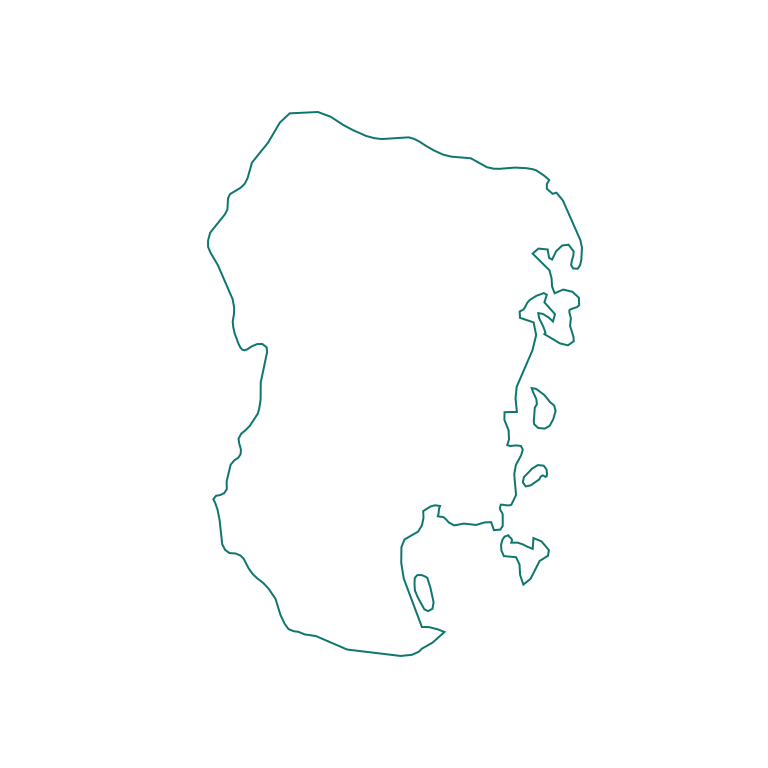 outline of Hiroshima, rotated 299°
{"feature_id": "JPN-1821", "entity_name": "Hiroshima", "entity_type": "Prefecture", "adm_level": 1, "iso_a3": "JPN", "parent_name": "Japan", "parent_adm1": "", "projection": "orthographic", "projection_center": [132.763, 34.576], "detail": "fine", "context": "isolated", "style": "outline", "palette": "teal", "viewbox_px": 768, "rotation_deg": 299, "n_neighbors": 0, "source": "natural_earth", "source_scale": "10m", "svg_char_len": 3758}
<svg xmlns="http://www.w3.org/2000/svg" viewBox="0 0 768 768"><g transform="rotate(299 384 384)"><path d="M642.5,429.6L637.8,429.5L633.7,431.8L632.1,439.3L634.9,442.1L631.3,451.4L605.1,485.9L599.3,491.0L588.2,496.4L583.1,497.9L578.7,497.5L576.8,493.4L578.7,490.0L583.3,488.4L588.3,487.3L591.9,485.6L595.3,477.9L591.5,472.7L583.5,470.2L574.4,470.7L574.3,467.3L581.0,461.9L577.3,453.4L570.1,450.8L563.7,473.5L557.6,479.4L550.9,483.6L546.1,489.2L553.5,495.0L556.0,504.2L553.9,512.7L547.5,516.5L544.8,515.5L540.1,511.2L538.4,510.4L536.4,511.5L532.1,515.6L525.1,518.5L516.8,527.1L513.3,529.2L507.0,526.1L504.8,518.1L505.4,500.0L507.1,500.4L511.0,496.0L516.9,487.6L520.8,484.6L522.3,488.9L522.0,495.9L520.6,501.5L528.0,499.7L533.2,484.7L541.0,483.1L541.0,479.7L535.1,474.6L528.3,470.8L524.2,469.9L520.5,470.1L516.9,469.9L513.1,467.5L507.8,470.9L510.4,485.0L500.5,493.4L485.4,497.5L445.9,501.4L435.2,506.0L424.0,513.8L417.8,503.1L411.1,506.6L404.0,515.3L396.2,520.2L390.3,521.4L391.0,524.6L394.2,529.0L396.2,533.8L393.8,537.2L388.2,538.5L377.1,538.6L368.3,541.6L350.9,553.3L340.1,553.9L338.3,552.1L336.9,549.0L335.8,546.0L335.1,544.7L331.6,545.5L329.8,547.4L328.7,549.6L327.4,551.1L317.5,556.6L313.1,556.4L309.5,551.0L315.1,544.7L311.7,539.1L305.3,532.8L300.7,521.6L295.7,515.6L294.3,513.7L294.3,507.8L295.6,504.2L296.4,500.7L294.4,495.2L297.0,494.6L301.6,492.6L304.5,492.2L302.7,487.5L299.6,484.2L291.9,479.9L286.1,483.4L278.8,485.7L271.4,485.4L258.0,477.3L249.8,478.3L235.9,485.8L223.4,495.6L189.8,535.0L193.2,541.2L195.6,550.6L196.4,557.1L193.5,556.1L181.3,551.8L170.8,545.4L166.8,544.3L160.6,539.6L154.2,530.4L133.9,480.5L130.5,446.5L126.6,436.2L125.7,429.1L124.1,425.2L123.3,419.4L126.1,413.4L131.8,405.4L143.4,393.4L148.9,382.6L151.4,375.0L152.6,367.2L154.1,361.4L157.0,355.2L163.1,346.0L164.4,341.8L163.8,336.3L161.2,330.8L161.9,325.4L165.4,320.2L185.5,306.0L193.3,299.4L198.0,294.2L200.5,290.6L204.8,291.3L207.5,294.6L211.0,297.1L215.8,297.5L222.5,293.6L239.0,289.0L244.7,290.1L249.0,292.3L253.1,292.6L257.4,290.6L262.0,286.0L265.6,283.3L271.3,283.2L276.6,285.3L282.2,286.9L296.9,288.0L301.8,286.8L310.4,283.7L325.7,275.4L355.5,266.2L359.2,263.5L360.0,258.1L357.3,253.6L352.8,250.1L348.2,247.7L345.8,245.7L345.3,243.5L346.2,240.8L348.9,236.9L356.1,228.6L360.4,224.8L365.1,221.5L372.6,218.8L378.2,215.9L384.8,210.5L407.3,181.2L414.7,168.7L418.6,163.7L424.1,160.6L432.1,158.6L455.3,162.6L460.8,162.4L470.9,157.5L475.5,157.3L486.2,163.5L491.6,165.1L497.8,164.9L513.5,161.2L524.8,163.1L538.8,165.6L562.2,166.2L575.0,170.3L589.8,194.2L591.9,207.7L590.8,222.9L591.0,234.0L592.3,248.3L594.5,256.8L597.1,263.2L611.7,286.0L613.0,291.7L613.2,297.6L612.6,305.2L612.5,314.7L613.2,324.2L615.4,332.4L623.5,350.5L623.5,368.9L625.5,375.6L628.4,381.0L636.7,393.5L641.8,403.9L643.8,409.5L644.7,413.4L643.9,422.8L642.5,429.6L642.5,429.6ZM313.3,610.7L304.7,605.9L284.6,606.6L276.1,603.1L283.1,595.5L291.8,590.1L296.5,583.5L291.6,572.2L295.3,567.4L300.0,564.4L304.9,563.1L308.9,563.4L312.0,566.1L311.0,568.1L310.6,570.2L309.6,571.7L306.9,572.2L310.0,577.7L311.0,582.9L311.2,588.2L311.9,594.0L321.7,589.4L322.7,598.0L318.7,608.7L313.3,610.7ZM449.3,518.2L452.0,515.2L453.5,519.3L452.1,529.6L448.6,538.2L447.7,543.2L443.7,547.1L435.2,549.1L427.8,549.2L422.9,546.2L420.3,540.2L421.6,534.9L424.4,532.8L425.6,532.4L436.3,527.4L440.4,527.5L444.5,524.7L449.3,518.2ZM233.0,505.8L235.2,509.7L235.6,513.8L235.4,515.9L228.1,523.6L217.1,533.2L210.9,535.4L206.7,532.6L206.5,528.5L213.7,517.1L218.3,511.2L224.1,507.5L229.4,504.9L233.0,505.8ZM381.5,554.4L387.7,557.9L390.0,563.3L388.0,567.6L384.8,569.9L382.1,571.0L381.1,570.3L381.1,567.2L378.9,565.9L376.0,566.1L366.4,561.4L363.1,557.6L365.4,553.0L370.5,551.5L377.9,553.6L381.5,554.4Z" fill="none" stroke="#0f766e" stroke-width="2"/></g></svg>